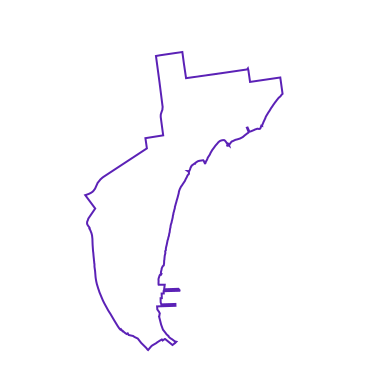 Port Phillip, Victoria, Australia, rotated 253°
{"feature_id": "25037944B19605677345756", "entity_name": "Port Phillip", "entity_type": "district", "adm_level": 2, "iso_a3": "AUS", "parent_name": "Australia", "parent_adm1": "Victoria", "projection": "natural_earth1", "projection_center": [144.966, -37.859], "detail": "fine", "context": "isolated", "style": "outline", "palette": "violet", "viewbox_px": 384, "rotation_deg": 253, "n_neighbors": 0, "source": "geoboundaries", "source_scale": "gbopen_adm2", "svg_char_len": 5855}
<svg xmlns="http://www.w3.org/2000/svg" viewBox="0 0 384 384"><g transform="rotate(253 192 192)"><path d="M293.9,281.6L293.1,280.5L296.7,257.0L302.6,219.6L317.2,221.8L328.7,223.7L332.1,201.4L332.6,197.3L306.4,193.0L283.2,189.0L282.4,188.9L281.7,188.7L281.0,188.4L280.3,188.1L279.7,187.9L279.0,187.5L278.4,187.0L276.6,185.7L276.1,185.4L275.7,185.1L275.2,184.8L274.7,184.6L274.1,184.4L273.5,184.2L272.8,184.0L254.6,181.0L256.4,168.2L257.1,163.2L246.9,161.6L232.3,111.6L232.1,111.1L232.0,110.7L230.7,107.9L230.5,107.7L228.4,104.6L228.2,104.3L227.9,104.1L226.4,102.8L226.2,102.6L224.0,100.7L223.6,100.3L223.2,99.9L222.9,99.4L222.5,98.9L221.9,98.1L221.6,97.5L221.3,97.0L221.1,96.4L221.0,95.9L220.8,95.4L220.7,94.8L220.6,94.3L220.5,93.7L220.4,93.2L220.3,92.0L220.2,89.9L220.2,89.0L204.5,94.6L196.9,85.1L195.7,84.3L194.3,83.1L193.4,82.7L193.0,82.6L192.6,82.5L192.4,82.4L191.7,82.4L190.7,82.6L190.0,82.8L188.7,83.3L187.6,83.6L187.3,83.6L187.1,83.2L186.4,83.3L185.1,83.6L183.3,83.7L182.6,83.8L181.4,83.8L179.6,83.7L177.6,83.3L176.5,83.1L175.7,82.9L173.9,82.4L170.5,81.5L166.2,80.5L165.3,80.3L164.4,80.1L162.6,79.8L159.4,79.1L156.3,78.5L155.0,78.2L154.2,78.1L152.9,77.8L152.5,77.7L152.1,77.7L151.9,77.7L151.1,77.5L150.1,77.2L149.1,76.9L147.9,76.7L144.7,76.2L138.8,74.9L136.9,74.6L134.5,74.3L131.8,74.1L131.3,74.1L127.1,74.1L124.5,74.2L123.2,74.2L121.2,74.4L117.0,74.8L114.2,75.1L111.2,75.6L107.8,76.3L105.9,76.7L103.9,77.1L101.9,77.6L99.5,78.3L92.3,80.0L88.4,81.0L85.7,81.7L83.7,82.3L82.8,82.6L81.7,83.1L81.3,83.3L81.6,83.9L81.3,84.0L80.1,84.6L79.5,84.7L79.1,84.9L79.2,85.3L78.5,85.7L77.7,86.2L77.2,86.5L76.0,87.4L75.3,88.0L75.6,89.2L73.8,89.6L71.5,93.6L70.2,94.6L67.7,97.3L62.5,99.3L56.4,102.6L54.1,103.5L53.7,103.8L56.0,107.3L56.2,107.7L56.4,108.0L56.6,108.4L56.8,108.9L57.0,109.6L58.0,113.9L58.3,114.4L59.2,117.6L59.8,120.1L59.7,120.2L58.6,120.5L59.4,123.1L59.3,123.3L51.4,128.6L52.1,130.5L52.9,131.9L52.7,132.0L53.4,133.2L53.8,132.5L54.1,132.1L54.6,131.6L54.9,131.4L57.1,129.8L58.2,128.8L59.3,128.0L60.7,127.3L61.2,127.4L63.2,126.1L65.2,125.4L68.3,124.2L68.7,124.0L70.2,123.9L72.4,123.8L74.2,123.7L76.1,123.8L78.1,123.9L80.2,124.0L82.7,124.1L82.9,124.5L84.1,125.0L85.3,125.7L87.1,125.4L89.8,124.5L92.8,125.2L88.0,142.9L89.8,143.4L93.5,129.8L95.7,129.8L99.6,130.9L99.3,132.1L103.8,133.3L103.2,135.3L105.3,135.8L104.6,138.9L101.2,151.1L101.7,151.4L103.4,150.7L107.1,136.9L111.3,138.8L113.1,133.0L113.4,133.0L113.9,133.1L114.5,133.3L115.2,133.5L115.8,133.7L116.8,134.1L117.7,134.2L118.4,134.5L119.1,134.8L121.9,136.8L122.1,137.1L122.1,137.8L121.9,138.0L122.0,138.2L122.0,138.3L122.7,138.9L123.1,138.5L123.4,138.4L124.6,139.0L125.1,139.2L126.5,140.1L127.4,140.5L127.8,140.7L129.5,142.2L129.8,142.8L130.0,143.4L130.2,143.6L130.7,143.8L131.6,144.3L132.2,144.5L133.5,145.0L134.1,145.1L135.4,145.8L135.9,146.0L136.7,146.3L138.1,146.9L138.9,147.2L140.9,148.4L141.5,148.7L142.0,148.8L142.7,148.9L143.4,149.2L143.6,149.5L143.9,149.9L144.4,150.1L145.4,150.4L146.8,151.1L148.6,152.2L150.8,153.4L152.9,154.5L153.9,155.3L154.5,155.6L155.6,156.2L156.8,157.1L157.5,157.4L158.9,158.1L160.1,158.9L161.6,159.5L163.6,160.5L164.5,161.1L165.6,161.5L167.4,162.5L168.0,163.0L169.1,163.7L170.1,164.2L171.2,164.9L173.3,166.1L175.3,167.0L175.9,167.5L177.1,168.0L177.9,168.5L178.6,169.0L179.7,169.6L181.5,170.8L182.2,171.1L183.0,171.4L183.9,172.1L185.1,172.8L186.0,173.4L186.9,174.0L188.7,175.1L190.3,176.2L194.0,178.5L195.0,179.1L195.8,179.4L197.2,180.3L198.6,181.4L199.3,182.1L200.3,183.0L201.3,184.4L202.1,185.3L203.4,186.9L204.7,188.5L205.9,189.5L207.3,190.9L208.3,191.9L208.9,192.3L209.4,192.9L209.7,193.4L209.8,193.8L210.2,194.3L210.8,194.6L211.5,194.7L212.4,194.7L212.9,194.3L213.3,194.0L213.1,194.6L212.8,195.0L212.5,195.0L212.4,195.2L213.0,195.6L213.9,196.5L214.4,196.9L215.5,197.6L216.1,198.1L216.3,198.3L216.3,198.5L216.9,199.1L217.3,199.3L218.5,202.8L218.2,202.9L218.1,203.1L218.2,203.3L218.3,203.3L218.6,203.2L219.2,204.7L219.4,205.6L219.6,206.0L219.7,206.7L219.7,207.3L219.7,208.1L219.6,208.5L219.6,208.9L219.4,209.9L219.1,212.0L218.5,212.3L217.8,212.4L216.7,212.5L215.6,212.7L215.5,212.9L215.6,213.2L217.4,214.5L217.5,214.8L218.1,215.4L219.4,216.6L220.1,217.0L222.6,220.0L224.1,221.3L225.2,222.5L226.3,223.7L227.3,225.1L228.5,226.7L229.5,228.0L231.2,230.8L231.8,231.6L232.1,232.3L232.2,232.6L232.5,233.2L232.6,233.7L232.7,234.4L232.7,236.1L232.6,236.4L232.3,237.8L232.1,238.0L231.7,238.4L231.5,238.5L231.3,238.6L230.4,239.0L229.2,239.4L228.5,239.5L228.1,239.7L228.1,239.8L228.3,240.1L227.8,240.6L227.2,240.0L226.7,239.7L226.4,239.3L226.2,239.2L225.9,239.3L225.8,239.9L225.9,240.3L225.9,240.7L225.3,241.1L225.9,241.1L226.7,241.9L227.3,242.8L228.2,243.9L228.4,244.4L228.7,244.8L228.7,245.5L228.8,246.2L229.0,247.5L229.1,248.1L229.2,248.8L229.1,250.5L229.1,251.7L229.1,253.4L229.2,254.0L229.5,255.8L229.7,256.3L229.8,257.0L230.1,257.5L230.3,258.1L230.6,258.6L230.8,259.2L231.0,259.7L231.2,260.2L231.4,260.8L231.6,261.2L231.8,261.7L231.9,262.2L232.1,262.7L232.2,263.1L232.4,263.5L232.7,263.7L237.4,263.3L237.4,264.0L233.2,264.5L232.9,264.9L232.8,265.4L232.8,266.0L232.9,267.0L233.0,268.2L233.1,268.9L233.1,269.5L233.3,270.1L233.4,272.7L233.4,273.1L233.0,273.8L232.6,274.9L232.6,275.5L233.1,276.2L235.2,277.7L234.7,278.4L235.3,278.5L236.0,279.2L237.0,280.0L237.3,280.3L237.7,280.6L238.2,281.0L239.6,282.3L240.1,282.7L241.0,283.6L241.5,283.9L242.5,284.7L243.4,285.7L243.8,286.1L244.2,286.6L245.5,288.0L245.9,288.5L246.3,289.0L246.7,289.5L247.1,290.0L247.5,290.4L247.9,290.9L248.8,291.8L249.6,292.8L250.4,293.9L250.8,294.3L251.6,295.3L252.0,295.8L252.7,296.8L253.2,297.3L253.4,297.6L254.1,298.7L254.5,299.2L254.9,299.7L255.6,300.8L256.0,301.3L256.4,301.9L256.7,302.4L257.0,303.0L257.3,303.7L257.5,304.3L257.9,304.9L258.3,305.4L258.7,305.9L259.0,306.5L259.3,307.1L259.4,307.3L275.7,309.9L280.3,279.7L291.9,281.5L293.9,281.6Z" fill="none" stroke="#5b21b6" stroke-width="2"/></g></svg>